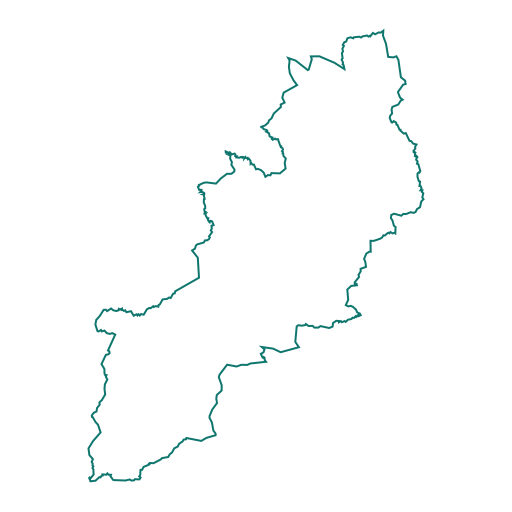 outline of Gushegu, Northern, Ghana
{"feature_id": "2480657B56494255769768", "entity_name": "Gushegu", "entity_type": "district", "adm_level": 2, "iso_a3": "GHA", "parent_name": "Ghana", "parent_adm1": "Northern", "projection": "orthographic", "projection_center": [-0.233, 9.923], "detail": "fine", "context": "isolated", "style": "outline", "palette": "teal", "viewbox_px": 512, "rotation_deg": 0, "n_neighbors": 0, "source": "geoboundaries", "source_scale": "gbopen_adm2", "svg_char_len": 6037}
<svg xmlns="http://www.w3.org/2000/svg" viewBox="0 0 512 512"><path d="M388.2,56.9L386.0,43.8L383.0,35.7L383.3,30.7L380.6,32.7L378.7,32.4L375.1,34.3L372.9,32.9L370.3,36.3L369.9,35.8L368.5,36.6L367.1,35.5L362.4,36.4L361.2,37.5L359.1,36.7L353.9,37.3L353.3,38.3L350.6,37.3L347.4,38.3L346.2,41.5L344.3,42.2L342.8,45.0L343.9,45.9L342.4,48.8L343.0,51.4L341.9,53.2L342.6,58.3L341.6,59.5L343.1,62.8L342.6,64.4L343.6,65.1L344.4,69.1L334.5,62.8L319.4,56.3L310.9,56.4L311.8,59.2L308.7,69.6L307.8,70.1L295.7,60.6L288.2,58.0L289.6,60.6L288.9,66.8L289.8,73.2L293.5,80.3L297.1,85.1L283.7,92.6L282.3,97.6L284.6,102.6L280.7,104.5L280.9,107.0L273.8,113.5L271.5,118.4L269.0,120.4L268.2,122.7L265.0,125.5L260.4,127.1L262.2,127.1L262.1,128.3L262.5,127.6L263.8,129.2L266.6,130.0L267.3,130.9L266.2,131.7L269.0,133.3L269.6,136.4L272.4,137.5L271.7,138.8L272.8,139.8L274.9,138.6L276.0,139.4L277.9,139.1L280.2,145.7L281.2,146.2L280.9,147.3L282.5,148.1L283.0,149.7L282.0,151.1L282.9,151.9L282.6,153.4L283.2,153.5L283.5,156.0L285.8,158.5L284.7,162.9L285.6,168.6L279.9,173.4L271.5,173.1L270.4,175.3L267.8,175.1L265.4,176.8L263.7,172.7L261.1,170.2L258.0,168.9L256.0,169.3L253.9,164.6L252.5,164.6L251.2,163.1L250.6,163.7L250.5,160.8L248.9,158.7L247.8,159.2L247.6,157.8L246.0,158.0L245.3,157.0L244.3,158.3L244.4,157.5L242.9,156.9L242.2,157.7L241.1,156.9L239.4,157.7L236.4,157.4L236.9,156.3L235.2,156.0L235.4,154.4L234.6,153.6L231.8,154.4L229.8,152.2L229.0,152.9L225.7,151.4L225.8,152.6L226.9,152.6L227.8,153.4L227.4,153.9L228.5,153.9L228.6,154.8L229.4,154.6L230.4,155.9L230.1,158.6L231.9,162.1L231.4,164.9L234.5,169.6L234.3,171.5L231.4,173.8L227.0,173.8L220.9,178.4L216.0,183.6L206.4,182.4L203.7,182.8L198.9,185.0L199.2,185.7L197.9,186.8L199.2,189.9L201.5,189.8L201.5,190.9L200.3,192.1L202.1,191.9L204.2,193.0L204.3,194.2L203.1,194.5L203.8,194.7L204.6,199.0L203.9,199.2L203.8,202.4L205.2,206.1L205.2,208.3L204.2,209.1L204.7,212.0L205.3,212.0L204.6,213.4L205.9,213.3L205.3,214.0L205.8,215.6L207.1,218.0L208.3,218.2L207.8,219.7L209.2,221.9L209.7,222.4L210.4,220.8L212.1,221.4L213.6,225.1L211.5,225.7L211.8,228.6L210.8,230.4L212.1,232.1L209.0,236.4L209.8,237.4L209.0,239.1L206.9,240.4L205.1,240.3L203.6,242.6L197.4,244.3L195.9,245.5L195.0,248.6L192.1,250.5L197.8,257.7L199.0,277.7L175.2,291.3L174.7,293.4L173.1,293.7L170.7,298.0L169.1,297.5L167.0,298.9L162.6,299.4L159.9,304.3L158.6,305.0L158.3,306.7L155.7,306.1L153.8,307.0L153.2,306.2L150.7,308.2L149.2,308.0L146.9,309.3L143.7,314.7L141.0,314.1L139.7,315.5L138.6,314.3L137.4,315.5L136.6,314.3L133.7,315.7L131.0,311.2L126.4,312.2L125.2,310.3L123.8,310.9L122.7,309.9L121.7,310.0L121.9,308.6L119.9,309.4L118.8,308.9L118.6,310.3L116.3,311.0L113.3,310.3L111.1,308.5L107.1,311.1L105.9,309.7L103.7,309.8L99.7,316.1L96.2,320.0L95.4,324.6L97.5,331.1L98.6,331.4L101.0,330.0L101.7,331.4L104.5,330.6L106.8,333.2L110.1,333.9L112.2,333.1L115.2,334.6L108.0,350.5L109.3,351.3L109.6,353.0L108.5,354.3L105.9,354.8L101.5,364.1L104.4,369.0L104.5,373.5L105.2,375.1L106.5,375.1L105.9,376.8L107.3,379.5L104.9,384.3L104.5,389.0L105.2,394.5L101.8,400.2L99.4,402.4L99.7,404.7L97.1,407.9L96.5,411.5L93.7,412.8L91.8,415.4L92.0,417.0L92.9,417.3L95.4,421.9L98.0,424.7L100.6,432.4L93.1,441.0L88.5,448.4L89.4,455.1L92.9,459.1L91.7,461.9L92.7,463.7L92.5,465.5L93.4,466.3L92.5,468.0L93.4,469.5L93.6,474.6L90.4,478.5L89.7,477.5L89.2,478.0L90.5,481.3L95.5,480.7L99.3,477.2L100.5,477.4L101.5,475.8L102.7,475.5L102.5,474.4L106.4,474.7L107.4,473.4L108.5,474.7L111.0,474.8L110.5,476.2L113.0,479.8L114.1,480.1L125.4,480.5L129.8,479.5L131.6,480.6L134.1,480.3L134.8,479.2L139.4,479.4L140.6,477.6L139.2,476.4L140.2,475.1L140.5,469.9L142.1,469.8L143.6,466.9L149.3,464.5L148.9,463.8L149.8,463.0L153.5,463.2L160.7,459.5L162.1,458.1L168.2,457.0L169.8,454.2L172.0,452.5L174.3,448.3L177.8,446.5L179.0,443.9L182.7,441.3L183.6,439.6L186.0,439.3L186.4,438.0L201.3,440.9L206.4,437.9L215.6,435.2L215.6,433.6L213.4,430.6L211.9,422.5L209.5,417.8L209.6,415.9L212.3,409.5L217.0,403.1L216.3,398.6L216.8,395.0L221.6,390.6L221.7,385.3L218.8,377.2L219.6,374.6L227.1,364.7L236.6,366.5L241.3,364.8L247.4,364.9L250.2,363.5L266.0,361.8L264.7,360.1L264.6,357.9L263.9,357.2L263.5,358.0L262.6,357.5L260.8,353.9L263.5,352.3L264.5,349.4L261.8,347.0L273.0,348.6L280.7,352.2L298.9,347.2L295.3,341.9L296.7,326.4L298.3,325.2L301.7,325.7L305.2,325.1L305.9,324.0L308.5,326.0L312.7,325.9L314.3,327.6L318.4,327.6L320.4,326.1L329.2,328.0L332.6,326.6L333.0,323.1L336.2,320.8L339.0,321.0L339.0,322.2L340.9,321.1L341.9,322.2L344.6,321.1L345.7,321.9L348.0,319.7L351.5,319.0L352.5,317.7L354.0,317.9L355.5,316.4L355.6,317.1L356.5,316.9L358.2,315.0L358.7,316.1L360.7,315.2L359.8,313.5L357.3,312.5L355.9,309.5L352.9,306.8L350.7,305.9L348.3,306.4L345.8,305.1L348.2,299.8L347.3,289.6L351.2,285.9L356.9,285.3L356.5,283.8L354.8,284.1L354.7,282.3L359.1,276.9L358.5,274.9L360.7,271.3L360.6,268.8L366.0,266.9L365.4,262.2L364.1,258.9L366.3,253.6L369.5,251.6L370.7,251.7L370.5,240.8L373.8,240.9L380.4,238.6L382.2,237.4L383.4,235.3L384.9,235.5L387.5,233.2L388.8,232.7L389.4,233.3L390.5,232.1L392.6,233.4L394.6,232.7L395.3,233.3L395.6,227.1L393.9,225.7L392.5,220.6L390.9,218.0L391.3,215.0L394.1,213.7L401.3,215.7L403.4,213.9L405.9,214.1L410.8,212.2L413.4,212.9L415.5,212.1L417.0,209.1L420.0,207.2L421.3,201.4L423.5,199.2L422.3,197.3L423.3,193.3L421.9,191.9L422.4,190.3L420.5,190.3L421.6,188.3L420.4,185.7L419.5,185.9L420.1,181.6L418.8,181.1L417.5,176.9L417.5,173.6L418.9,172.3L419.5,172.6L420.3,171.1L418.3,164.1L417.0,163.7L417.6,161.4L416.1,159.7L417.0,157.5L416.0,156.7L417.0,156.6L416.3,155.7L415.0,155.9L415.1,153.4L414.2,152.6L415.0,152.3L413.5,151.0L415.3,148.5L415.1,146.7L416.5,144.5L413.1,143.6L411.3,141.2L409.5,140.8L405.8,133.1L403.8,133.6L400.5,130.7L400.5,129.8L399.5,129.7L397.5,125.0L396.4,124.6L396.2,122.6L393.7,121.1L392.5,122.5L391.5,122.3L389.7,118.0L390.2,115.7L392.1,113.5L391.6,109.4L392.4,106.9L398.3,104.5L400.8,100.5L402.6,99.7L400.0,97.5L397.9,92.1L403.1,84.7L405.6,84.0L405.1,80.6L400.9,77.3L398.4,59.9L396.4,56.3L393.3,57.4L388.2,56.9Z" fill="none" stroke="#0f766e" stroke-width="2"/></svg>